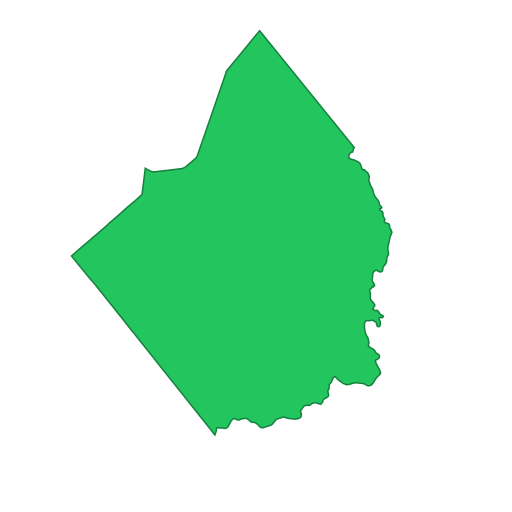 outline of Ohio, rotated 321°
{"feature_id": "USA-3550", "entity_name": "Ohio", "entity_type": "State", "adm_level": 1, "iso_a3": "USA", "parent_name": "United States of America", "parent_adm1": "", "projection": "mercator", "projection_center": [-82.407, 40.365], "detail": "fine", "context": "isolated", "style": "filled", "palette": "green", "viewbox_px": 512, "rotation_deg": 321, "n_neighbors": 0, "source": "natural_earth", "source_scale": "10m", "svg_char_len": 4662}
<svg xmlns="http://www.w3.org/2000/svg" viewBox="0 0 512 512"><g transform="rotate(321 256 256)"><path d="M225.2,118.1L225.7,119.7L227.4,123.7L229.4,126.3L235.0,129.8L243.0,134.9L253.4,141.4L256.3,142.4L270.8,142.1L272.6,141.7L282.2,135.7L291.9,129.7L301.5,123.7L311.2,117.7L320.8,111.7L330.4,105.7L340.1,99.7L349.7,93.6L358.4,91.8L367.0,90.1L375.7,88.3L384.3,86.5L393.0,84.7L400.6,83.2L400.6,92.7L400.6,102.2L400.6,111.6L400.6,121.1L400.6,130.6L400.6,140.0L400.6,149.4L400.6,158.8L400.6,168.2L400.6,177.6L400.6,187.0L400.6,196.3L400.6,205.7L400.6,215.0L400.6,224.3L400.6,233.6L399.5,233.9L396.5,236.0L395.4,235.4L393.7,235.4L391.9,236.0L390.7,236.9L390.0,238.7L390.5,240.2L392.8,243.3L394.2,246.2L394.8,247.8L395.1,249.1L394.7,251.1L393.4,254.5L393.3,256.6L393.9,256.7L394.3,256.9L394.6,257.2L394.7,257.6L394.6,258.6L394.6,259.0L395.1,261.0L395.2,262.2L394.9,262.7L394.2,265.4L393.8,265.9L392.0,267.4L391.4,268.1L390.0,271.6L389.3,273.6L388.9,276.7L388.3,278.3L386.8,281.4L386.1,283.6L385.9,285.2L385.9,288.9L385.7,290.9L385.2,292.1L384.6,293.1L384.1,294.6L384.2,295.2L384.4,295.9L384.5,296.8L384.1,297.6L383.2,297.7L382.3,297.2L381.6,297.2L381.3,298.5L381.5,299.4L381.9,300.4L382.1,301.4L382.0,302.1L380.7,303.6L380.3,304.4L379.9,305.4L379.6,306.3L379.4,308.0L379.0,308.9L377.5,309.9L377.0,310.6L377.4,311.7L378.4,312.9L379.1,313.9L379.4,315.1L379.0,316.7L377.9,317.6L377.6,318.0L377.6,318.4L377.6,319.3L377.6,319.8L376.8,322.2L376.7,323.0L372.1,325.7L364.6,331.7L362.4,334.1L360.9,337.0L359.9,338.3L357.2,339.3L356.0,340.3L354.1,342.4L353.1,343.1L351.7,343.7L350.2,344.1L348.8,344.3L347.5,344.8L345.1,347.0L343.6,347.2L342.2,346.3L341.3,344.6L340.7,343.1L340.1,342.4L337.2,342.4L336.1,342.9L331.1,347.8L330.5,349.4L330.1,352.7L329.3,353.8L328.8,353.3L328.4,353.2L328.0,353.3L327.4,353.8L327.0,353.2L325.5,353.7L323.8,353.8L322.5,354.2L321.4,357.1L318.2,360.9L317.7,362.3L317.6,363.3L317.8,366.6L317.6,368.5L317.1,369.3L313.7,370.7L313.3,370.7L313.3,371.1L313.6,372.2L313.9,372.7L314.3,373.3L314.8,373.8L315.2,374.0L316.1,374.6L316.2,376.2L315.9,379.3L316.3,380.7L317.0,382.1L317.0,383.1L315.7,383.5L314.9,383.2L313.8,381.9L312.9,381.6L312.2,382.0L311.8,383.0L311.3,385.1L310.5,386.3L309.2,387.7L307.7,388.5L306.5,387.9L306.0,386.9L306.1,386.5L306.5,386.0L306.7,384.9L306.8,384.6L307.2,384.5L307.5,384.2L307.6,383.7L307.6,383.1L307.4,382.7L307.2,382.2L306.9,380.9L306.2,379.5L305.3,378.5L303.2,377.6L302.2,376.6L300.9,375.8L299.3,375.7L297.2,377.4L294.9,380.4L293.0,383.7L292.0,386.4L291.5,389.9L291.2,390.7L290.3,392.2L289.5,394.2L288.3,395.1L287.1,396.1L286.9,398.1L287.4,399.6L288.0,400.8L288.5,402.2L288.8,404.4L288.3,405.6L288.2,406.5L288.8,408.0L289.1,409.1L289.3,410.2L289.2,411.1L288.2,412.5L286.7,412.8L283.5,412.3L282.5,413.1L281.8,415.0L280.3,422.5L279.8,424.1L278.9,425.6L277.7,426.0L272.6,426.5L266.9,428.5L264.0,428.8L261.6,427.7L260.9,426.6L259.8,423.8L259.1,422.6L254.2,417.7L251.7,416.0L248.5,414.9L245.6,413.3L243.6,410.0L242.0,404.3L241.8,402.6L241.8,400.9L241.6,399.7L240.8,399.1L239.1,399.4L235.0,401.5L233.3,401.7L231.9,402.2L230.8,403.2L229.9,404.4L228.9,405.3L227.1,406.0L226.6,406.4L226.2,407.1L225.5,408.9L225.0,409.7L223.8,410.5L222.4,410.6L219.3,410.0L217.7,410.1L216.7,410.7L215.9,411.4L213.5,412.0L212.9,411.8L212.1,410.8L210.5,408.2L210.0,407.6L209.2,407.0L207.3,406.1L206.3,405.9L203.9,405.9L203.3,405.6L202.2,404.5L200.9,403.6L199.5,403.0L198.1,402.9L193.3,404.4L192.6,405.0L192.2,406.6L191.4,408.0L190.2,409.0L188.9,409.5L186.0,408.8L183.3,407.0L178.8,402.4L177.7,401.0L176.8,399.4L175.8,398.2L172.9,397.3L170.2,396.1L168.6,395.8L162.6,397.0L161.1,396.8L153.6,394.0L152.2,392.9L151.5,391.4L151.5,389.3L151.2,387.6L150.8,386.0L150.2,384.6L149.4,383.8L148.5,382.9L147.7,382.0L147.4,380.8L147.3,379.3L146.9,377.6L146.2,376.2L145.1,375.1L142.3,373.6L140.7,373.0L139.4,372.7L138.6,372.0L137.9,370.5L136.9,368.8L135.5,368.0L132.6,368.6L126.8,371.2L124.0,371.0L120.5,367.4L119.5,366.9L119.2,366.6L118.3,365.3L117.7,365.0L116.9,365.2L116.3,365.7L115.2,366.9L111.4,369.2L111.5,362.2L111.6,355.1L111.6,348.1L111.7,341.0L111.7,333.9L111.8,326.8L111.9,319.7L111.9,312.6L112.0,305.5L112.0,298.4L112.1,291.3L112.1,284.1L112.2,277.0L112.3,269.8L112.3,262.7L112.4,255.5L112.4,248.3L112.5,241.1L112.5,233.9L112.6,226.7L112.7,219.5L112.7,212.3L112.8,205.0L112.8,197.8L112.9,190.6L112.9,183.3L113.0,176.0L112.7,169.3L112.7,162.2L112.6,154.2L112.6,147.0L112.6,139.9L117.3,139.7L123.7,139.4L129.4,139.3L135.0,139.2L140.7,138.9L146.4,138.9L151.8,138.6L157.4,138.5L163.1,138.1L168.9,137.9L174.2,137.8L180.0,137.5L185.2,137.2L191.0,137.0L196.7,137.0L206.2,136.4L216.5,126.5L225.2,118.1Z" fill="#22c55e" stroke="#15803d" stroke-width="1.5"/></g></svg>